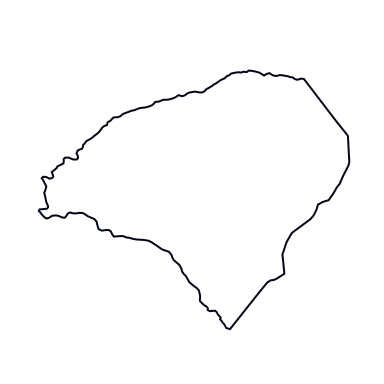 outline of São Domingos do Araguaia, Pará, Brazil, rotated 99°
{"feature_id": "56859067B37534389991606", "entity_name": "São Domingos do Araguaia", "entity_type": "district", "adm_level": 2, "iso_a3": "BRA", "parent_name": "Brazil", "parent_adm1": "Pará", "projection": "equal_earth", "projection_center": [-48.722, -5.682], "detail": "fine", "context": "isolated", "style": "outline", "palette": "ink", "viewbox_px": 384, "rotation_deg": 99, "n_neighbors": 0, "source": "geoboundaries", "source_scale": "gbopen_adm2", "svg_char_len": 2825}
<svg xmlns="http://www.w3.org/2000/svg" viewBox="0 0 384 384"><g transform="rotate(99 192 192)"><path d="M321.5,133.0L282.5,111.0L280.0,109.6L269.8,103.6L267.1,100.8L266.0,97.3L264.3,94.7L258.3,88.0L246.3,91.1L239.6,92.9L226.9,90.8L224.2,89.8L219.3,88.0L216.5,86.7L200.2,70.7L196.3,68.3L190.2,66.3L184.7,65.6L181.3,61.2L178.7,55.8L171.9,52.4L164.4,49.5L160.8,47.4L152.6,45.3L141.0,41.5L137.1,41.4L132.3,42.5L113.5,46.5L112.0,46.9L98.8,61.4L62.9,99.1L62.9,102.0L63.9,103.8L64.7,105.7L64.3,108.3L63.0,110.6L63.2,112.8L62.7,115.1L62.6,121.6L62.9,123.9L64.1,126.5L64.3,129.9L63.4,132.2L62.5,134.2L63.9,137.0L65.7,139.1L64.7,141.3L63.5,144.5L63.1,148.2L63.0,151.9L63.2,155.0L65.0,156.7L65.2,160.2L66.3,161.9L66.4,164.2L66.9,166.7L68.1,169.8L68.9,171.9L70.9,173.6L72.4,176.0L74.5,177.4L75.7,179.3L77.3,181.5L81.2,185.5L82.6,187.6L84.0,188.6L86.3,191.4L88.3,194.0L90.3,195.2L91.9,197.1L92.4,199.4L92.5,202.0L92.3,204.7L93.1,206.8L93.9,209.5L95.3,212.0L97.4,213.9L98.9,216.4L98.5,220.5L101.1,223.2L103.7,227.8L105.0,231.8L105.2,234.3L106.3,236.3L108.0,239.2L108.8,242.4L110.7,243.4L112.8,245.3L114.8,249.0L116.0,251.8L116.8,255.3L117.7,257.5L120.2,261.7L121.6,265.3L122.7,267.0L125.5,272.1L126.9,273.5L128.4,274.6L129.9,277.4L130.3,280.2L131.3,281.8L133.2,282.9L134.8,284.2L136.3,286.2L139.2,286.5L140.6,289.1L142.3,290.6L147.0,293.0L149.5,295.0L151.4,296.9L153.6,298.7L155.6,300.8L157.5,303.3L158.7,304.6L160.5,305.4L162.6,306.9L164.3,306.7L166.5,307.4L167.6,309.5L168.9,311.4L171.8,312.1L174.4,310.4L176.2,309.9L177.8,310.7L178.5,314.2L177.3,319.3L177.9,322.6L179.4,323.9L181.6,323.5L183.8,323.4L186.3,326.8L187.7,328.9L189.6,329.5L191.6,331.2L194.2,333.6L196.9,332.1L198.6,331.4L200.3,332.5L201.1,335.1L200.0,338.1L200.2,341.3L201.9,342.6L204.2,340.4L206.2,339.1L209.1,336.8L212.3,337.0L216.1,337.8L219.9,336.1L224.4,334.5L228.2,332.1L229.8,331.8L231.3,333.0L233.1,339.9L234.6,340.3L236.0,338.5L237.9,336.6L240.2,333.5L240.9,331.4L240.0,329.4L237.3,326.3L236.4,322.7L236.5,320.1L237.5,315.8L237.3,313.6L235.6,312.5L232.7,311.3L231.2,309.0L231.7,307.0L231.4,303.6L230.3,300.2L229.8,296.8L230.8,294.0L232.2,291.2L234.0,284.2L236.2,281.6L238.4,280.8L243.2,278.5L244.3,275.1L243.1,271.3L242.6,268.1L243.5,266.1L245.8,264.6L248.3,262.2L246.6,255.3L246.4,252.7L247.2,249.6L247.0,247.2L247.5,243.0L247.6,239.6L246.9,232.2L246.9,227.8L247.8,224.4L253.5,212.2L254.6,205.5L257.2,202.6L260.8,200.5L262.2,199.2L265.3,194.2L266.5,192.6L269.7,190.3L272.2,189.3L274.1,187.5L275.8,185.1L279.5,182.1L281.4,180.7L284.8,175.1L285.9,172.7L287.7,170.2L290.2,168.9L292.7,168.0L295.0,167.4L296.9,167.5L298.8,166.8L301.8,162.4L302.9,159.7L304.2,158.3L306.1,157.9L306.9,155.8L305.6,150.6L306.9,148.7L308.9,147.3L311.6,144.0L313.3,144.4L314.4,142.9L316.1,141.4L317.8,139.3L321.0,136.8L321.5,133.0Z" fill="none" stroke="#020617" stroke-width="2"/></g></svg>